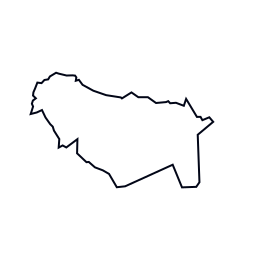 Shafirkan, Bukhoro, Uzbekistan, rotated 149°
{"feature_id": "79887680B37320061840085", "entity_name": "Shafirkan", "entity_type": "district", "adm_level": 2, "iso_a3": "UZB", "parent_name": "Uzbekistan", "parent_adm1": "Bukhoro", "projection": "natural_earth1", "projection_center": [64.292, 40.455], "detail": "fine", "context": "isolated", "style": "outline", "palette": "ink", "viewbox_px": 256, "rotation_deg": 149, "n_neighbors": 0, "source": "geoboundaries", "source_scale": "gbopen_adm2", "svg_char_len": 930}
<svg xmlns="http://www.w3.org/2000/svg" viewBox="0 0 256 256"><g transform="rotate(149 128 128)"><path d="M160.5,79.5L108.6,73.5L112.3,49.3L99.8,42.4L94.7,44.7L71.7,86.3L51.8,89.4L52.8,95.3L60.2,96.4L60.1,100.2L63.2,102.0L63.2,123.0L68.7,118.3L73.9,124.9L79.1,127.5L79.7,130.3L82.0,130.6L91.1,135.0L95.1,144.2L103.3,149.1L106.7,156.7L118.0,156.5L118.4,157.9L129.8,167.4L138.5,177.8L144.7,188.4L145.3,194.6L148.4,195.4L146.2,198.0L146.4,200.2L148.6,201.8L153.6,204.6L159.3,210.2L161.2,212.4L168.4,212.4L171.4,210.8L174.9,212.2L179.0,211.0L182.3,213.6L187.2,209.8L190.7,207.3L192.7,204.7L191.7,200.9L195.4,200.5L197.9,198.3L198.3,195.3L204.2,190.1L198.2,188.3L192.5,187.7L193.3,179.5L192.7,171.3L191.8,167.9L192.8,163.9L192.6,153.9L197.5,146.9L193.0,146.7L190.9,143.1L177.1,144.5L184.7,132.5L181.2,120.1L179.1,119.1L176.6,111.3L171.4,104.7L167.9,98.4L168.1,83.0L160.5,79.5Z" fill="none" stroke="#020617" stroke-width="2"/></g></svg>